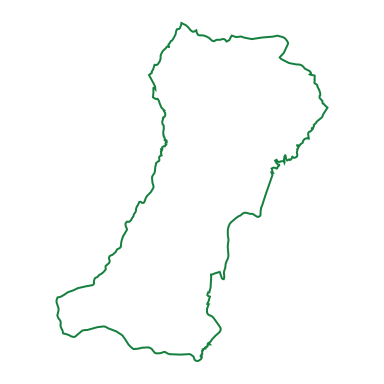 Mehadia, Caras-Severin, Romania
{"feature_id": "2599482B25799438590169", "entity_name": "Mehadia", "entity_type": "district", "adm_level": 2, "iso_a3": "ROU", "parent_name": "Romania", "parent_adm1": "Caras-Severin", "projection": "albers", "projection_center": [22.39, 44.919], "detail": "fine", "context": "isolated", "style": "outline", "palette": "green", "viewbox_px": 384, "rotation_deg": 0, "n_neighbors": 0, "source": "geoboundaries", "source_scale": "gbopen_adm2", "svg_char_len": 5969}
<svg xmlns="http://www.w3.org/2000/svg" viewBox="0 0 384 384"><path d="M207.0,312.0L207.0,309.0L208.3,305.2L208.8,304.2L207.3,303.9L208.6,301.1L209.9,296.6L208.1,295.9L207.3,295.0L208.1,292.4L209.4,292.3L209.3,291.6L209.9,290.3L210.6,287.2L211.2,277.2L211.0,274.5L212.9,274.3L214.2,273.6L219.7,271.9L221.9,278.3L222.9,279.1L223.7,279.2L224.0,278.5L224.3,276.6L223.9,272.5L224.2,271.0L225.2,268.0L225.7,263.7L226.7,260.9L227.6,259.2L228.3,256.7L228.4,254.9L227.7,246.5L228.2,242.2L228.5,240.4L228.3,238.0L227.8,235.2L227.8,230.1L228.4,227.1L229.6,224.1L231.0,222.3L236.1,218.0L238.6,216.2L240.2,215.6L242.8,213.5L244.6,212.7L246.2,212.8L250.3,213.9L251.8,213.8L253.0,214.1L257.0,216.7L258.4,216.9L260.1,215.9L260.5,214.9L260.6,211.3L261.2,207.5L262.0,205.9L265.7,194.4L272.5,174.9L271.4,172.3L272.1,172.2L272.9,172.5L272.2,170.9L272.1,169.0L271.7,168.5L273.4,167.6L275.4,167.9L276.3,168.5L277.1,168.4L277.6,167.4L277.7,166.7L278.6,166.1L279.3,165.1L279.2,164.7L278.2,164.6L277.5,164.1L276.3,162.9L275.9,161.8L276.1,160.9L275.3,161.0L275.1,160.6L276.5,159.8L277.1,160.4L277.3,161.3L278.7,162.0L280.3,161.7L280.5,161.4L283.2,161.1L284.1,162.0L284.4,162.7L284.6,161.9L284.0,160.4L284.0,159.4L284.4,157.8L284.4,156.6L284.8,156.3L285.0,155.5L285.2,155.3L285.5,155.6L286.1,159.1L286.5,159.9L287.0,160.4L287.6,160.4L288.2,159.9L289.2,159.4L289.7,159.9L290.5,159.9L291.9,158.2L292.2,156.8L292.4,156.7L293.2,157.4L294.4,157.9L295.8,157.3L297.0,156.4L297.3,154.8L297.2,153.9L296.9,153.2L296.9,152.3L297.5,149.6L297.2,149.2L297.8,148.8L298.8,146.7L298.7,146.5L297.6,146.3L297.2,145.8L297.2,145.3L299.8,145.4L300.4,144.3L302.7,142.7L303.2,140.7L304.6,139.0L307.0,138.1L307.7,138.5L308.8,138.6L308.1,134.1L308.3,132.9L308.9,132.0L310.5,131.3L312.5,129.4L312.4,128.9L311.9,128.6L311.8,128.3L312.0,128.1L312.9,128.5L313.3,127.2L314.0,126.3L313.8,124.9L316.2,122.8L316.7,121.6L321.9,117.4L322.4,116.7L322.8,115.2L323.9,113.2L327.5,107.7L324.4,104.8L323.6,103.7L322.9,103.6L322.4,102.6L322.4,101.0L319.8,98.2L319.6,97.8L319.6,95.9L320.2,95.3L320.3,94.4L320.1,92.8L319.1,89.8L317.5,86.8L317.6,86.2L317.1,84.9L314.6,83.2L314.4,82.5L314.7,80.5L314.4,79.8L314.7,79.4L314.6,77.2L314.8,76.0L314.6,75.6L313.7,75.3L311.4,75.0L309.8,74.4L311.0,73.2L310.7,72.4L309.7,71.2L304.7,68.5L303.2,66.6L301.8,65.4L299.8,64.6L296.1,64.4L288.9,63.0L281.7,59.3L280.5,58.4L279.7,57.3L283.8,52.9L287.9,44.1L288.1,43.0L287.2,41.1L285.2,38.5L282.9,37.1L277.4,35.7L273.0,36.6L262.2,37.5L251.8,39.1L243.7,37.5L241.2,36.5L236.1,37.1L231.8,35.6L231.3,36.2L229.2,40.2L226.9,41.4L226.5,41.5L225.7,40.2L224.1,39.1L223.1,39.0L219.4,39.9L217.8,39.7L216.5,39.9L214.0,41.1L213.1,41.1L212.0,40.6L208.9,37.8L206.0,36.3L202.9,35.3L199.2,35.3L198.1,34.9L196.8,32.8L196.3,30.3L194.3,31.5L193.1,31.8L192.1,31.4L190.2,29.8L188.0,27.1L185.7,25.1L181.4,23.0L181.1,25.0L180.2,27.2L180.0,28.0L179.0,28.9L176.9,29.3L176.2,31.0L175.5,34.5L174.1,37.3L172.1,40.5L170.7,41.2L170.0,42.8L169.2,43.6L168.5,44.5L168.4,45.5L168.9,46.1L169.1,47.7L168.5,46.7L166.9,46.7L165.4,48.7L164.2,49.6L162.4,51.6L161.1,54.2L160.6,55.7L160.6,58.5L159.9,60.9L159.2,62.2L157.8,64.3L156.4,65.0L154.6,64.8L153.0,69.7L151.8,71.6L151.8,72.9L149.0,75.0L154.2,84.6L155.1,86.6L155.3,89.0L154.2,87.5L153.4,88.0L153.4,92.6L153.0,97.3L153.5,97.5L154.9,98.6L156.4,99.1L157.4,98.8L157.9,99.2L158.9,100.9L159.7,103.5L161.4,107.5L164.4,110.6L163.9,110.9L165.1,113.0L165.3,115.2L164.7,116.4L163.9,117.4L163.4,117.3L162.8,118.3L163.0,119.1L162.2,121.7L162.5,124.0L163.7,125.6L163.8,129.0L163.5,130.2L163.2,133.5L163.7,135.3L163.5,135.6L163.8,136.1L163.8,136.7L164.3,137.0L164.7,138.3L164.9,139.3L164.6,140.0L165.0,140.3L165.9,140.1L166.4,140.4L166.6,140.8L166.7,142.1L165.9,141.8L166.0,142.4L165.5,143.4L165.6,144.1L166.2,144.7L165.2,145.6L164.9,146.3L163.9,146.2L162.4,147.0L162.1,147.8L162.4,148.7L162.2,149.6L161.1,149.4L161.2,149.9L161.7,150.2L161.6,151.0L160.9,151.5L161.1,152.7L161.3,153.0L161.3,153.5L161.0,153.8L161.6,155.4L160.0,156.0L159.1,157.3L159.4,160.1L159.0,161.0L157.6,161.7L155.9,163.4L156.0,163.9L155.3,167.0L154.9,171.0L154.6,172.7L152.3,176.3L152.0,177.8L152.5,183.0L153.6,186.2L153.3,187.9L150.9,192.0L146.9,196.1L145.8,198.1L144.2,202.3L143.5,202.9L142.1,202.9L140.6,201.8L139.2,202.1L137.9,205.1L136.8,206.6L136.1,208.7L136.0,210.2L135.7,211.7L133.9,214.4L133.3,216.5L131.8,218.5L131.2,220.0L129.3,221.8L126.8,221.7L125.9,222.8L125.5,223.8L125.5,225.1L126.1,227.1L126.9,228.7L126.9,229.9L123.0,236.4L121.4,241.5L120.9,245.4L120.9,246.7L119.8,248.0L117.1,249.4L115.7,251.9L112.5,254.8L110.4,255.6L109.8,256.1L109.0,257.4L109.1,259.0L109.7,260.8L109.6,261.9L108.8,263.3L105.7,265.9L105.5,267.1L105.8,269.1L105.2,270.1L103.5,272.1L101.1,274.0L99.2,274.9L97.6,276.9L95.2,278.0L94.7,278.7L94.0,280.7L93.8,282.0L94.1,283.3L93.6,284.2L92.6,285.1L85.1,286.5L77.7,288.2L73.7,290.2L67.9,292.2L64.0,294.9L60.4,296.9L57.6,297.4L56.6,299.8L56.5,302.2L58.6,308.5L58.5,310.6L57.3,315.6L58.4,318.2L59.6,319.7L60.6,321.4L60.7,323.3L60.5,325.2L60.8,326.9L61.4,328.4L62.5,330.5L63.1,333.4L66.2,334.1L69.2,335.2L70.8,336.2L73.2,336.9L74.9,336.8L82.3,330.6L84.5,330.1L87.6,329.9L97.7,327.1L103.8,326.4L105.5,326.8L108.2,328.3L116.5,331.5L122.3,335.3L125.2,339.3L128.4,344.4L130.6,346.8L133.2,348.9L134.0,349.1L137.3,348.8L142.4,347.7L148.1,347.4L149.0,347.5L151.5,348.7L154.6,352.6L156.4,353.4L160.3,353.2L164.3,351.9L165.1,352.0L167.8,353.6L169.7,354.2L180.8,354.6L189.4,354.1L190.5,354.4L193.4,356.4L194.6,359.6L195.4,360.5L197.3,361.0L198.8,360.7L201.1,359.0L201.8,357.6L201.8,357.0L200.8,356.7L200.7,356.4L201.3,356.2L201.0,355.3L201.8,354.8L201.8,354.4L202.2,354.4L202.2,350.6L203.0,350.4L202.8,349.2L205.4,348.5L205.1,347.5L206.0,347.1L206.1,347.4L207.5,346.4L207.3,345.7L207.9,345.0L207.6,344.1L208.1,343.4L209.5,344.4L209.9,344.4L208.7,343.0L210.3,341.9L212.1,339.3L216.0,335.2L218.9,332.8L220.3,331.0L220.7,329.2L220.6,328.2L219.6,326.4L213.2,317.4L211.4,316.0L208.8,315.0L207.7,313.9L207.4,313.5L207.0,312.0Z" fill="none" stroke="#15803d" stroke-width="2"/></svg>